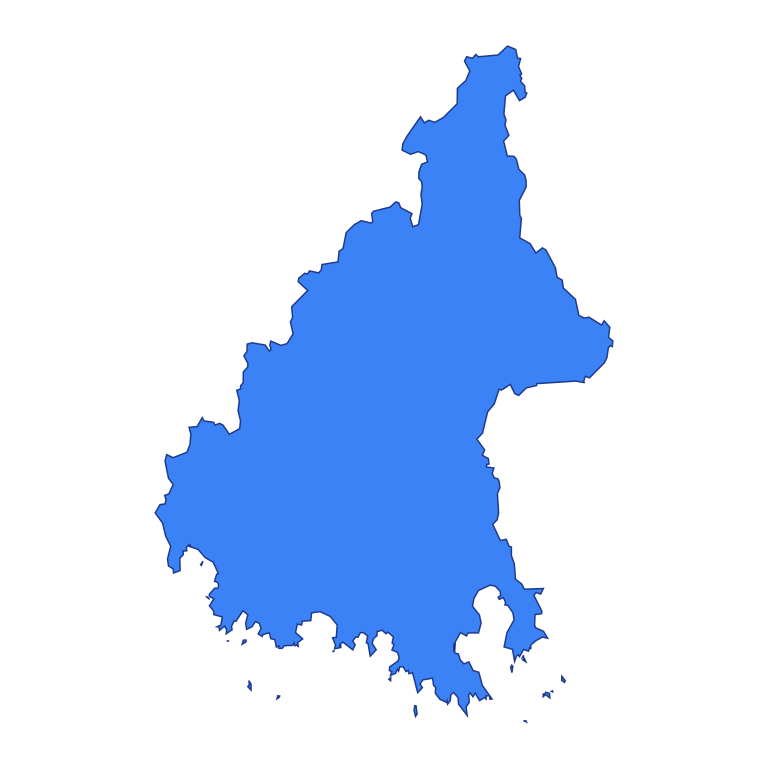 outline of Trenggalek, Jawa Timur, Indonesia
{"feature_id": "22746128B86316028646138", "entity_name": "Trenggalek", "entity_type": "district", "adm_level": 2, "iso_a3": "IDN", "parent_name": "Indonesia", "parent_adm1": "Jawa Timur", "projection": "equal_earth", "projection_center": [111.621, -8.138], "detail": "fine", "context": "isolated", "style": "filled", "palette": "blue", "viewbox_px": 768, "rotation_deg": 0, "n_neighbors": 0, "source": "geoboundaries", "source_scale": "gbopen_adm2", "svg_char_len": 6126}
<svg xmlns="http://www.w3.org/2000/svg" viewBox="0 0 768 768"><path d="M167.5,559.0L168.5,566.0L173.2,568.9L173.5,573.0L180.1,570.6L179.8,558.4L183.4,554.5L183.0,551.0L186.7,550.9L186.5,546.9L189.8,544.5L190.5,546.0L189.0,546.3L198.1,549.4L205.3,557.7L213.1,562.1L218.4,573.5L216.7,574.2L214.5,581.3L218.0,582.6L218.6,585.6L217.7,588.4L214.8,588.1L209.3,594.3L209.4,596.4L213.9,598.7L209.4,605.9L213.9,611.2L213.8,614.6L222.3,616.9L220.9,625.1L217.1,626.7L219.0,627.0L219.5,630.4L224.5,626.1L226.6,629.7L226.2,633.8L232.1,629.7L231.5,626.4L234.0,621.0L235.9,621.4L243.0,610.7L247.8,614.8L245.7,623.0L246.6,629.3L252.0,626.8L255.5,621.5L259.3,623.4L261.1,628.5L258.2,633.9L262.2,636.5L263.0,634.5L269.3,632.8L270.8,638.7L274.8,639.6L276.4,647.1L278.9,646.0L278.9,648.3L282.1,648.4L284.3,645.7L292.8,645.4L294.0,643.0L295.0,645.8L296.7,644.8L298.5,647.1L297.5,642.7L302.7,638.9L295.5,632.5L297.4,624.0L301.6,625.0L302.3,621.2L310.8,620.6L311.6,612.9L320.0,611.6L330.2,616.4L337.2,624.9L336.3,637.3L332.6,637.8L335.5,644.9L334.6,648.8L339.7,647.7L339.6,646.1L340.9,648.1L340.5,643.6L343.1,642.2L352.8,649.9L355.2,644.7L352.7,641.0L355.9,636.9L358.0,637.3L360.3,632.6L363.5,632.7L367.7,636.0L366.3,642.8L368.1,643.7L370.2,656.2L376.2,649.8L372.2,643.5L373.5,638.5L376.9,635.8L377.0,631.7L382.0,630.2L386.0,633.7L387.9,632.1L393.4,636.9L392.1,643.1L394.0,644.5L392.0,650.1L397.5,652.3L399.2,657.5L397.9,661.1L389.7,666.9L389.4,670.5L391.8,671.6L390.5,675.3L395.5,673.4L397.6,669.1L398.6,671.0L399.7,666.8L403.2,666.9L406.0,671.6L408.1,670.4L409.0,673.7L412.6,672.8L417.7,692.7L422.4,687.6L420.1,684.1L422.7,679.9L432.6,678.2L433.6,685.5L435.7,687.4L435.3,693.2L439.9,699.3L446.5,702.4L447.1,700.8L447.6,704.1L450.3,700.6L450.8,694.8L453.6,692.5L458.0,697.5L458.6,704.2L467.2,715.5L466.1,706.9L469.2,702.4L468.7,694.5L470.0,692.9L473.0,696.8L475.2,693.1L479.6,700.6L484.4,697.6L486.1,699.1L486.0,695.9L489.6,695.8L490.0,699.2L492.0,699.0L482.4,685.5L478.8,672.3L473.1,670.5L468.9,661.9L463.9,663.9L460.2,659.9L458.4,653.9L454.9,653.1L454.0,651.4L453.7,649.5L453.7,643.1L454.7,651.9L455.3,641.8L460.4,632.6L466.5,635.9L468.1,632.9L478.5,632.9L481.1,623.1L479.4,614.9L472.4,606.2L474.0,598.4L478.4,590.5L490.2,585.1L495.3,586.2L500.2,591.4L500.7,595.4L498.2,597.2L499.3,599.3L503.4,597.6L505.6,602.3L504.9,604.9L507.8,605.3L512.9,612.8L514.1,619.8L507.0,632.6L504.1,646.9L512.5,649.4L514.6,661.4L516.6,655.9L518.3,654.8L519.5,656.7L523.6,649.4L528.4,651.2L531.2,644.6L535.6,640.9L542.3,637.1L547.6,638.2L543.5,631.3L535.8,627.9L534.6,625.3L535.0,614.6L541.5,613.7L541.9,611.3L533.9,595.4L536.1,592.5L540.7,594.1L543.4,588.5L524.4,589.2L521.6,583.9L515.5,579.2L514.3,563.8L511.4,555.7L511.4,547.1L509.0,546.2L506.2,539.3L500.3,540.5L492.7,524.3L497.1,519.9L498.6,513.2L497.4,493.6L499.9,487.8L499.2,481.6L497.7,478.7L494.3,478.0L492.2,473.5L493.9,468.0L486.4,467.0L486.7,464.5L489.0,464.0L488.3,458.5L482.3,455.3L484.7,450.0L476.8,439.1L482.5,433.1L487.6,411.9L494.3,403.8L499.1,389.2L501.6,390.0L510.3,384.4L514.8,393.7L518.7,395.4L526.3,387.9L536.6,385.5L536.7,383.6L575.7,381.1L584.8,382.7L583.5,382.0L585.2,376.4L589.5,377.8L604.2,363.0L606.9,357.8L608.3,348.1L610.0,345.7L612.3,346.6L612.8,340.9L608.5,337.4L609.8,327.3L604.2,320.8L601.5,325.0L588.9,317.2L584.4,318.1L578.9,315.5L575.4,299.3L563.3,288.0L562.2,280.1L557.1,277.3L555.4,267.8L545.9,250.0L542.4,247.9L535.9,253.0L530.0,243.6L519.7,237.9L521.4,218.5L519.8,215.3L519.3,200.4L526.1,187.1L526.1,180.6L524.6,174.9L518.9,169.4L516.3,159.1L513.9,156.3L507.3,156.0L503.6,141.0L508.9,135.4L504.9,124.9L506.0,120.1L503.9,113.9L505.5,95.9L513.5,90.2L519.5,100.6L525.2,97.2L526.8,93.0L525.0,92.2L524.7,86.0L520.5,81.3L521.7,78.5L519.9,75.2L521.6,74.0L518.5,66.5L520.6,58.6L517.5,58.1L515.7,49.5L507.5,46.1L498.0,55.0L478.3,56.8L475.9,54.5L472.4,58.3L466.6,56.7L464.5,61.2L469.8,70.9L465.8,80.6L457.4,88.3L457.2,103.7L443.3,117.6L434.8,122.3L428.5,120.3L424.4,122.9L420.5,116.8L406.8,136.5L402.8,144.0L402.1,150.2L410.6,154.3L418.2,151.6L423.9,154.0L426.0,155.4L427.5,161.9L421.6,164.3L418.9,172.1L418.8,178.5L421.5,181.5L422.2,187.1L421.0,194.6L422.2,204.3L418.5,224.7L412.7,226.7L410.2,218.2L412.0,213.7L400.7,207.7L398.7,202.8L395.8,201.9L390.1,207.1L373.6,211.2L371.6,213.6L372.8,221.5L371.3,223.1L361.2,220.7L354.4,224.6L346.2,232.6L343.0,248.7L339.1,251.2L338.0,261.9L322.0,264.5L321.3,269.7L318.7,272.9L309.5,270.9L307.6,274.0L304.7,273.3L298.8,278.2L298.2,281.6L307.7,290.5L291.7,306.7L292.6,317.6L290.4,321.9L293.1,333.8L287.1,343.6L281.0,345.4L270.8,341.1L269.8,345.1L271.1,349.4L269.3,351.0L265.1,345.0L252.0,342.8L247.2,344.1L247.0,351.4L243.9,355.9L247.9,363.5L247.6,367.2L243.3,371.9L243.2,382.6L240.6,385.8L240.7,388.8L236.8,390.3L239.3,400.4L238.1,410.6L240.5,420.8L239.7,428.6L229.4,434.3L223.0,425.1L219.7,423.4L214.8,425.1L213.7,422.3L203.9,420.9L202.2,417.6L197.1,426.6L189.1,427.3L190.9,434.3L189.9,444.8L186.9,452.3L173.1,457.7L166.7,454.6L165.0,461.0L168.5,478.3L173.2,484.5L168.8,494.0L164.7,495.4L166.0,499.9L165.1,503.9L160.0,504.6L155.2,512.9L162.6,523.1L165.7,536.2L170.7,546.2L167.5,559.0ZM251.1,684.5L248.9,680.6L249.3,684.7L247.8,686.6L251.0,690.1L251.1,684.5ZM416.0,705.8L414.7,705.7L414.1,710.4L415.5,716.4L417.1,714.1L416.0,705.8ZM545.6,692.3L544.8,694.1L549.8,697.9L549.5,693.3L545.6,692.3ZM242.2,644.2L246.1,641.8L246.0,640.0L243.3,640.2L242.2,644.2ZM564.5,682.4L565.3,680.8L561.9,676.3L561.7,680.4L564.5,682.4ZM511.9,672.6L512.8,666.4L511.8,665.2L510.7,667.0L511.9,672.6ZM277.0,698.8L279.3,697.2L279.7,696.1L277.8,695.7L277.0,698.8ZM390.6,680.7L390.7,677.5L388.8,679.3L390.6,680.7ZM201.4,565.4L203.0,561.2L200.6,564.7L201.4,565.4ZM543.2,696.7L544.6,695.5L544.8,694.5L543.3,694.0L543.2,696.7ZM525.9,661.8L524.5,658.6L522.7,659.8L525.9,661.8ZM334.7,650.6L333.5,651.0L332.4,651.8L334.7,650.6ZM209.6,599.4L207.1,596.8L206.7,596.9L209.6,599.4ZM525.8,720.8L523.5,720.8L526.4,721.9L525.8,720.8ZM522.2,657.8L523.5,657.5L523.6,655.3L522.2,657.8ZM551.5,691.4L552.7,691.9L552.5,690.9L551.5,691.4ZM226.6,641.1L228.4,641.0L228.4,640.9L226.6,641.1ZM530.7,649.2L530.9,647.1L530.7,647.0L530.7,649.2Z" fill="#3b82f6" stroke="#1e3a8a" stroke-width="1.5"/></svg>